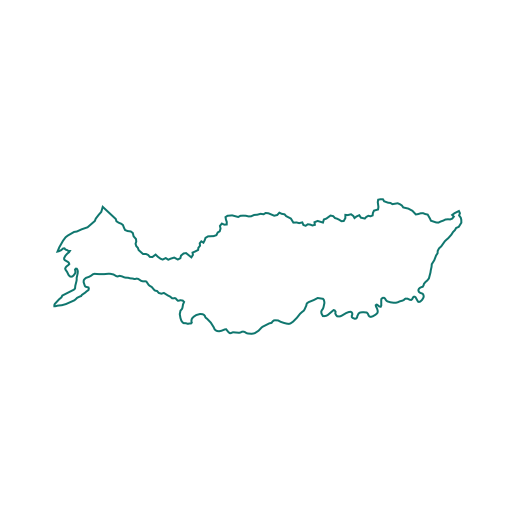 the district of Itapiranga, Amazonas, Brazil, rotated 163°
{"feature_id": "56859067B71937040210155", "entity_name": "Itapiranga", "entity_type": "district", "adm_level": 2, "iso_a3": "BRA", "parent_name": "Brazil", "parent_adm1": "Amazonas", "projection": "orthographic", "projection_center": [-58.495, -2.544], "detail": "fine", "context": "isolated", "style": "outline", "palette": "teal", "viewbox_px": 512, "rotation_deg": 163, "n_neighbors": 0, "source": "geoboundaries", "source_scale": "gbopen_adm2", "svg_char_len": 6119}
<svg xmlns="http://www.w3.org/2000/svg" viewBox="0 0 512 512"><g transform="rotate(163 256 256)"><path d="M114.2,268.4L117.5,270.9L118.0,273.1L120.5,273.9L122.7,274.1L123.8,271.9L124.6,267.1L125.7,264.8L129.9,264.9L131.6,263.0L132.6,260.7L134.9,260.5L136.8,261.6L139.1,261.1L141.0,260.0L144.5,262.0L145.3,264.8L148.4,264.4L150.7,263.5L151.2,265.8L152.9,268.1L156.4,268.3L158.5,269.2L159.5,266.1L161.9,263.8L164.1,264.3L165.9,266.4L167.6,268.0L169.4,269.2L170.5,271.5L172.9,272.9L177.8,271.2L180.4,271.1L182.2,268.4L186.8,271.5L190.2,271.2L190.6,268.6L193.1,268.7L195.0,270.2L197.2,271.2L199.7,270.4L201.6,271.8L201.9,274.6L205.1,274.8L207.4,276.2L210.5,277.0L211.7,281.6L215.5,285.3L216.5,287.5L219.2,288.9L221.0,290.6L223.7,289.0L226.8,289.2L231.6,293.2L234.2,294.3L236.5,293.7L239.3,295.0L242.7,295.1L245.8,295.8L249.1,295.4L251.5,296.0L254.0,297.5L256.7,298.4L259.2,299.0L261.6,298.5L266.9,301.8L271.5,302.8L273.8,302.1L274.1,299.6L274.0,297.1L274.8,294.7L277.1,295.2L279.2,297.0L281.7,295.3L281.9,292.6L283.5,290.2L285.7,289.7L287.8,287.5L290.7,287.4L296.1,288.8L299.0,288.1L300.5,286.0L302.4,284.1L304.0,286.0L306.1,284.6L306.5,282.2L308.7,280.7L309.6,278.7L312.9,278.1L315.7,277.8L316.0,275.5L318.2,273.6L322.0,279.2L324.5,279.6L327.6,278.3L329.0,276.0L331.8,275.5L334.7,278.4L338.4,278.4L341.0,278.1L342.9,280.4L346.3,279.9L348.1,281.3L350.1,284.0L351.6,286.7L355.4,285.3L357.8,286.2L358.8,288.5L360.5,290.0L363.5,291.0L366.5,296.0L366.6,298.4L367.6,300.4L367.6,302.9L366.3,304.8L365.8,307.3L367.3,310.6L367.1,314.0L368.6,316.1L371.5,317.4L373.6,319.1L374.0,321.6L374.2,324.5L375.4,326.2L377.6,328.0L379.3,330.0L379.3,332.4L388.2,347.8L391.1,343.4L394.2,341.5L398.3,338.6L399.9,336.6L408.7,332.7L414.9,332.5L420.2,331.8L422.9,332.2L429.9,330.6L432.6,329.6L436.0,327.1L441.6,321.8L444.5,318.3L443.2,318.2L440.8,318.5L438.2,319.6L436.9,319.3L436.6,318.4L435.9,317.5L434.6,316.6L434.0,315.6L432.6,315.2L433.6,314.3L435.9,313.4L438.2,312.0L440.1,310.1L440.4,309.0L440.1,308.0L437.5,305.2L437.0,304.3L436.9,302.9L438.1,302.2L440.1,301.5L441.4,300.7L442.2,299.6L442.1,298.4L441.3,296.0L440.8,292.7L440.0,291.0L439.0,290.3L437.9,290.1L436.4,290.6L434.3,292.1L433.7,292.8L433.3,293.7L433.0,296.0L431.9,296.6L431.1,296.2L430.8,294.8L430.9,293.4L431.6,291.6L433.9,287.5L434.5,285.5L435.2,284.2L437.5,280.4L438.5,278.0L439.2,277.4L440.2,277.0L452.8,274.8L454.2,273.3L456.9,272.2L462.4,269.0L463.2,268.0L463.5,266.9L462.4,266.6L460.1,266.5L456.0,265.7L451.8,265.6L442.8,266.7L441.2,267.3L439.3,268.3L436.2,268.8L435.0,268.8L433.9,269.7L429.8,271.0L428.7,271.6L426.2,272.4L425.4,273.7L425.4,274.9L428.0,276.5L428.4,277.4L428.5,281.3L428.1,282.5L427.6,283.4L426.4,284.2L424.9,284.8L421.8,284.9L419.4,285.4L417.3,286.2L415.7,286.2L412.1,284.8L406.7,283.1L402.0,282.1L400.4,281.5L397.7,280.0L395.5,277.6L394.4,276.9L392.2,276.9L390.0,275.6L388.5,274.3L387.2,273.5L384.7,272.6L382.8,271.4L380.3,270.4L379.2,269.6L378.0,269.3L376.8,269.3L375.3,268.5L373.1,265.8L371.5,264.8L369.3,264.2L368.3,263.6L367.1,259.7L366.4,258.6L364.8,256.9L363.2,253.2L362.6,252.4L360.8,251.4L359.8,249.1L357.5,247.6L354.9,247.6L351.8,244.0L349.9,242.2L348.6,240.1L347.2,239.6L346.0,239.5L345.2,238.9L344.3,236.9L343.7,236.0L342.3,235.8L341.4,235.9L339.1,234.8L338.2,233.1L339.9,231.1L341.6,227.8L342.3,227.0L344.2,225.8L345.9,222.7L346.4,218.7L346.3,215.9L345.6,214.0L344.9,213.0L342.7,212.2L340.9,211.0L339.9,211.0L337.8,210.5L336.9,211.1L336.9,212.2L336.5,213.4L336.0,214.3L335.1,215.2L333.2,216.2L330.4,217.0L326.4,216.9L324.0,215.9L323.0,214.9L322.4,213.6L322.4,212.6L322.1,211.6L321.2,210.4L318.7,205.5L317.3,200.3L317.0,198.0L316.4,196.9L315.6,196.0L314.5,195.3L313.2,194.8L310.8,194.6L307.3,194.9L306.0,194.7L304.8,191.7L303.8,190.0L302.8,189.6L300.3,189.8L294.6,187.5L293.2,187.4L291.3,187.7L290.0,187.3L288.9,186.5L287.6,185.0L286.5,184.3L283.0,182.9L280.9,182.6L279.6,182.6L275.4,183.8L271.5,186.0L270.4,186.4L262.9,187.7L260.7,187.5L259.2,188.6L257.5,189.2L256.1,188.8L253.7,187.9L251.6,185.8L248.8,183.8L246.3,182.3L244.5,181.5L243.3,181.4L242.2,181.6L239.7,182.4L234.9,185.0L230.7,187.9L228.3,189.0L226.4,189.7L225.3,190.6L222.3,194.0L221.9,194.9L221.2,195.8L219.2,196.5L213.5,197.0L209.3,197.8L204.5,195.5L204.0,194.4L204.0,192.7L204.3,191.1L206.3,187.5L207.3,186.1L209.1,184.7L209.9,183.6L210.2,181.8L209.6,179.0L208.2,178.5L206.2,178.3L204.6,178.6L197.6,181.6L196.7,181.0L196.2,179.5L197.0,177.7L196.6,175.8L196.0,174.6L195.1,174.2L193.5,173.7L191.8,173.8L186.4,175.1L183.7,175.3L181.8,175.0L181.0,174.2L180.7,173.1L181.1,171.7L181.9,170.8L182.2,169.6L181.7,168.6L179.9,167.1L178.7,166.9L177.4,167.6L176.6,169.0L174.7,171.0L173.3,171.5L171.6,171.3L169.9,170.9L166.7,169.6L166.2,168.8L165.8,167.6L165.7,166.0L165.1,164.9L164.0,164.2L161.9,164.2L158.9,164.9L157.3,165.6L156.4,166.2L155.9,167.1L155.6,168.4L155.6,170.2L156.0,172.7L155.9,173.9L155.0,174.3L154.3,173.9L153.0,171.8L151.6,171.0L150.7,172.0L149.2,177.0L148.7,178.2L147.8,178.7L146.8,178.9L145.7,178.5L145.0,177.5L144.8,176.3L144.2,174.9L143.5,174.1L140.9,172.4L137.9,171.0L135.9,170.4L133.9,170.3L131.8,170.6L129.0,170.5L127.5,170.7L126.4,171.3L125.4,171.5L123.6,170.9L121.6,169.1L120.4,168.6L119.2,169.1L118.0,170.4L117.2,170.9L116.2,170.7L115.5,169.9L114.6,165.8L114.2,164.7L112.8,164.3L111.6,164.7L110.0,165.5L108.5,166.8L107.8,167.6L107.4,168.5L107.3,169.5L107.4,170.5L107.8,171.3L109.8,172.8L110.7,174.1L110.8,175.4L110.5,176.2L109.8,177.0L108.6,177.6L106.8,177.9L105.6,177.8L104.3,179.0L103.5,180.3L101.5,181.6L99.4,182.5L97.2,184.0L94.0,189.2L93.0,191.3L91.3,194.3L90.3,196.8L86.8,199.8L83.6,203.9L81.6,205.5L80.7,207.8L78.7,209.8L76.0,211.1L71.1,214.9L69.1,215.9L67.0,216.8L62.9,219.3L60.6,221.3L58.2,222.6L56.4,224.3L53.6,224.6L49.9,227.8L49.1,230.6L49.0,232.8L49.9,235.4L48.5,237.3L48.8,239.7L53.6,238.9L56.4,237.9L55.3,235.8L57.4,234.4L59.6,234.2L61.7,235.0L64.2,235.5L66.5,235.1L69.2,235.0L71.8,234.6L73.9,235.4L78.4,238.6L78.7,240.9L79.7,245.4L82.0,246.7L83.7,248.1L86.0,248.7L88.7,248.7L91.0,249.0L93.2,253.5L96.5,256.8L101.0,259.4L101.7,261.6L103.2,263.4L105.1,265.0L110.4,265.7L111.9,267.4L114.2,268.4Z" fill="none" stroke="#0f766e" stroke-width="2"/></g></svg>